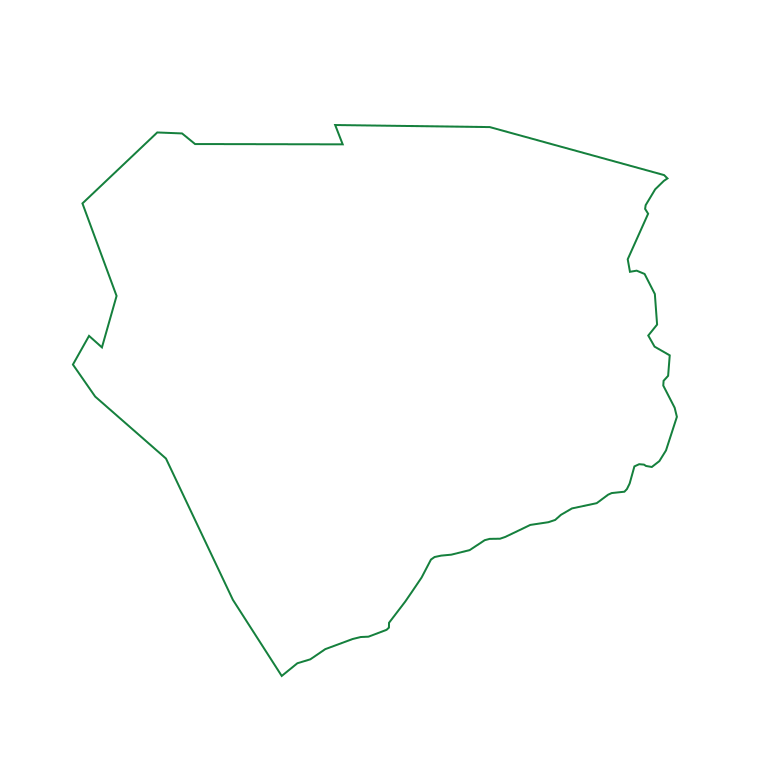 the district of Hart, Georgia, United States of America, rotated 83°
{"feature_id": "52423323B38261098035275", "entity_name": "Hart", "entity_type": "district", "adm_level": 2, "iso_a3": "USA", "parent_name": "United States of America", "parent_adm1": "Georgia", "projection": "equal_earth", "projection_center": [-82.915, 34.353], "detail": "fine", "context": "isolated", "style": "outline", "palette": "green", "viewbox_px": 768, "rotation_deg": 83, "n_neighbors": 0, "source": "geoboundaries", "source_scale": "gbopen_adm2", "svg_char_len": 1093}
<svg xmlns="http://www.w3.org/2000/svg" viewBox="0 0 768 768"><g transform="rotate(83 384 384)"><path d="M214.5,77.6L210.8,80.5L141.9,247.7L121.0,400.9L141.1,395.8L122.8,542.3L110.7,553.9L106.7,578.4L168.0,661.3L264.0,638.7L313.3,659.5L300.3,670.9L326.8,690.4L361.3,672.2L431.4,609.5L579.8,560.3L661.3,521.1L650.6,504.0L648.3,490.7L640.0,474.6L633.3,446.3L632.3,437.9L632.9,430.2L628.3,411.4L626.4,408.8L621.6,408.1L602.5,389.4L593.2,381.2L580.7,370.3L564.0,358.8L561.9,354.9L561.3,348.2L561.6,338.0L559.3,319.2L551.3,303.1L550.6,298.0L551.7,287.7L550.6,282.4L543.1,260.1L541.7,256.0L541.2,237.7L539.8,230.7L535.4,224.3L530.4,212.6L528.2,187.4L521.2,175.1L520.0,171.3L520.2,158.5L517.9,155.7L512.7,152.3L496.3,145.5L494.7,140.5L495.7,135.8L497.3,133.9L499.0,128.3L494.1,120.1L484.3,112.2L452.3,97.3L443.0,98.4L419.6,107.0L414.9,106.1L410.5,101.0L390.4,96.9L379.9,110.9L368.1,115.8L358.3,105.7L327.7,104.2L307.2,111.7L306.5,112.0L302.3,119.4L302.6,126.2L289.9,126.9L247.2,101.1L242.0,103.5L238.4,102.5L223.8,91.1L216.5,81.5L214.5,77.6Z" fill="none" stroke="#15803d" stroke-width="2"/></g></svg>